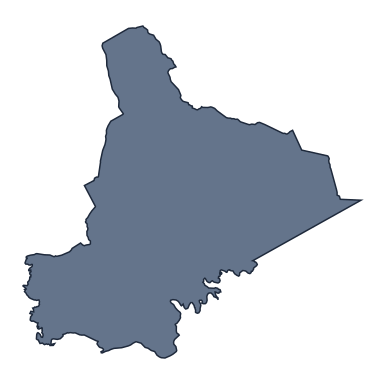 N'Zi, N'zi-Comoé, Ivory Coast
{"feature_id": "98640826B73875625736421", "entity_name": "N'Zi", "entity_type": "district", "adm_level": 2, "iso_a3": "CIV", "parent_name": "Ivory Coast", "parent_adm1": "N'zi-Comoé", "projection": "albers", "projection_center": [-4.64, 7.021], "detail": "fine", "context": "isolated", "style": "filled", "palette": "slate", "viewbox_px": 384, "rotation_deg": 0, "n_neighbors": 0, "source": "geoboundaries", "source_scale": "gbopen_adm2", "svg_char_len": 5897}
<svg xmlns="http://www.w3.org/2000/svg" viewBox="0 0 384 384"><path d="M101.3,352.8L102.4,352.9L105.7,351.3L108.6,350.6L110.7,349.5L113.9,348.4L121.8,347.7L128.4,345.9L130.7,344.9L133.2,343.1L136.0,341.7L141.1,343.2L145.1,347.4L148.0,348.2L151.3,350.5L154.3,351.4L154.9,351.8L157.0,355.2L159.4,356.9L161.2,357.7L165.0,358.0L170.3,355.7L172.9,354.2L176.3,351.5L176.7,350.5L175.9,346.6L173.8,344.2L173.6,342.5L173.8,341.1L174.7,339.4L179.2,335.2L178.6,334.2L177.3,333.5L176.6,332.5L176.3,330.9L176.4,326.2L175.7,325.7L175.2,324.3L177.0,323.2L179.2,320.3L180.5,317.8L180.3,315.8L180.7,313.7L180.1,312.4L177.5,310.2L175.5,307.9L173.6,304.6L171.1,302.9L170.4,301.6L170.6,300.3L172.8,299.6L176.1,300.0L177.1,300.6L178.2,301.3L179.3,302.7L181.0,305.5L181.6,305.8L183.1,304.1L184.3,307.6L185.6,309.0L186.9,308.7L187.9,308.1L189.3,304.7L190.7,302.6L192.2,302.6L194.2,305.6L194.4,307.1L195.1,307.9L195.0,308.7L195.6,309.8L195.5,312.2L196.2,312.8L197.5,313.2L198.8,312.8L200.1,310.7L200.1,308.5L200.8,305.5L200.6,304.0L199.4,301.9L199.3,300.6L199.8,300.2L201.5,300.2L201.9,300.6L202.5,302.0L201.8,303.0L202.4,303.4L203.3,303.7L205.2,303.7L205.7,303.4L206.5,302.4L207.1,300.3L206.8,296.7L207.2,295.1L208.4,293.3L210.1,292.9L211.4,293.2L213.4,295.5L213.8,296.6L216.9,297.9L218.2,299.7L217.9,297.7L217.4,297.5L215.8,295.3L215.0,292.0L215.7,292.0L217.3,293.0L218.3,293.2L219.1,292.9L219.3,292.2L220.8,291.9L220.2,289.9L219.7,289.5L218.5,289.3L217.7,288.3L215.4,287.7L214.3,288.3L208.7,288.0L207.1,286.6L204.9,285.3L204.2,283.6L202.9,282.2L203.7,281.3L203.6,279.4L204.8,278.2L205.3,278.5L207.0,281.4L208.4,282.4L209.9,282.7L211.6,281.1L212.4,280.8L214.0,282.1L218.0,283.0L219.5,282.1L220.1,280.6L219.5,278.7L218.4,278.3L218.5,276.9L218.7,276.5L219.2,276.7L219.8,276.4L220.3,274.9L221.5,274.1L221.8,273.4L221.5,272.5L221.1,272.3L219.8,273.6L219.7,273.0L220.2,272.0L220.1,271.0L220.4,270.4L221.4,269.9L225.0,271.2L226.3,272.3L227.0,272.2L227.5,270.9L228.4,270.0L229.7,269.8L229.8,270.3L231.1,270.8L232.9,270.9L234.6,273.7L237.0,275.4L238.7,276.1L239.5,275.4L239.7,272.9L242.8,270.5L245.7,271.0L248.1,273.1L249.9,273.6L251.1,272.6L251.3,271.3L252.4,271.2L253.6,269.1L253.5,268.4L253.9,267.8L256.6,265.7L257.3,264.5L256.7,263.2L255.6,262.0L254.8,261.9L253.9,260.9L252.8,260.7L361.0,200.2L340.3,199.3L339.4,196.2L337.1,195.1L337.1,192.3L336.4,189.3L330.8,168.8L330.2,167.7L329.9,164.4L329.1,163.0L328.7,160.7L329.2,158.9L329.0,158.1L328.1,156.3L327.6,155.9L301.7,150.1L292.6,130.3L289.9,131.7L288.8,132.9L287.3,133.9L286.3,134.0L284.8,133.3L283.1,133.4L281.6,132.7L264.9,124.6L259.6,122.4L257.5,122.7L255.1,124.5L251.8,124.1L249.5,124.7L248.5,124.5L240.4,121.8L237.6,119.2L235.2,119.3L234.0,118.7L231.4,118.7L230.8,118.2L228.1,118.1L226.3,117.6L217.2,110.9L214.7,108.4L212.2,107.3L210.8,106.9L207.9,107.5L202.8,107.4L201.6,106.7L200.5,108.4L199.2,108.7L197.6,109.8L196.2,109.6L195.0,108.9L192.2,107.9L192.4,106.5L192.1,105.9L191.2,105.9L189.3,104.7L188.7,104.7L188.1,102.7L183.9,101.6L182.5,100.9L180.6,98.4L180.3,97.6L180.9,95.4L178.5,89.6L171.1,81.7L170.3,79.3L170.0,77.2L168.1,73.3L167.9,72.2L168.6,70.5L170.4,68.7L172.4,68.6L174.4,67.4L176.0,66.9L175.0,65.2L173.7,63.9L172.9,61.2L171.8,60.2L171.0,58.7L167.8,57.8L165.2,54.5L163.0,54.3L162.0,53.2L161.4,51.6L160.7,45.9L160.1,43.9L159.1,41.8L155.9,39.2L153.6,35.2L149.7,34.0L148.3,33.0L147.8,32.1L147.6,30.1L145.5,28.3L144.0,27.5L142.9,26.0L136.9,27.5L135.9,28.2L132.6,28.0L128.5,28.4L102.8,43.2L102.1,45.8L102.7,48.3L106.0,54.6L106.7,60.2L106.8,65.8L108.4,71.0L108.8,75.6L110.1,79.2L112.3,89.1L115.4,94.2L118.0,97.3L119.0,101.1L118.7,106.6L119.0,107.6L123.3,113.7L122.9,114.4L110.8,121.2L108.1,125.8L106.9,128.7L106.4,130.3L106.5,133.8L105.6,136.3L106.0,139.1L105.6,141.7L105.0,144.5L102.7,150.4L100.4,161.1L100.5,162.2L98.4,176.6L97.9,177.1L96.4,177.1L94.6,178.2L94.0,180.5L84.4,185.5L95.4,206.4L95.3,206.9L91.9,210.8L89.7,214.0L87.7,217.6L86.0,219.4L86.1,220.8L85.5,221.8L85.8,222.7L86.9,223.5L87.2,224.9L87.1,226.7L87.9,228.2L87.7,230.0L86.9,231.3L87.0,235.4L88.1,237.3L88.7,239.6L90.4,241.0L90.4,243.8L89.5,244.5L86.2,245.0L84.3,245.7L82.7,245.0L80.6,243.0L72.1,248.4L71.3,250.0L69.5,251.8L61.6,255.2L56.8,256.3L55.4,255.9L54.6,256.6L53.7,256.6L49.9,255.0L44.5,254.8L36.8,253.6L35.8,253.8L34.4,254.6L30.7,255.1L27.8,255.9L26.4,256.6L26.2,257.2L26.3,257.8L26.8,257.6L27.2,258.3L26.1,259.8L25.0,263.0L25.8,264.1L27.9,264.2L28.9,265.0L30.2,265.1L31.6,264.4L32.3,264.5L32.3,265.7L31.9,266.7L29.8,268.2L28.8,269.6L28.7,270.5L29.2,271.0L30.7,270.1L31.0,271.7L29.6,273.0L30.1,274.6L31.0,275.0L30.7,276.9L30.2,276.8L29.8,277.1L29.6,279.5L28.8,281.0L27.9,281.8L27.7,282.7L28.1,284.2L27.2,285.6L23.7,285.3L23.1,285.6L23.0,286.0L26.0,288.5L26.2,289.0L24.7,289.5L25.2,289.9L25.2,290.5L24.5,291.6L25.9,293.0L26.9,294.9L28.5,296.5L28.8,297.2L30.4,298.4L34.3,300.0L35.3,299.9L36.4,300.4L38.9,299.9L39.5,301.7L39.1,303.8L39.5,304.2L38.6,306.2L37.8,306.6L37.1,306.5L35.9,307.2L34.6,307.1L34.0,307.8L32.7,308.1L33.5,309.6L33.7,311.9L30.9,311.3L29.9,313.5L32.4,314.2L32.3,314.7L30.5,317.1L30.6,317.9L30.2,319.2L30.4,320.4L31.6,321.2L33.6,321.1L36.8,322.9L38.0,323.0L37.1,326.4L38.3,326.3L38.7,326.7L38.6,327.4L37.5,327.6L37.7,328.5L38.9,329.1L41.4,328.1L41.8,327.7L42.2,328.1L42.2,329.4L41.9,330.0L42.4,330.8L41.8,332.7L42.8,333.8L43.1,335.3L42.5,337.3L41.3,337.1L40.2,334.5L38.5,333.0L37.9,332.7L37.2,333.2L36.7,334.6L36.4,338.9L37.3,339.7L38.2,339.9L40.0,343.5L42.5,343.1L44.4,344.6L46.6,343.9L47.4,344.4L48.7,344.1L49.7,344.8L50.0,345.5L53.3,345.4L54.6,343.6L51.8,344.3L51.3,344.2L50.9,343.6L51.4,340.1L51.9,339.3L53.3,338.8L57.3,339.4L60.3,338.7L62.8,336.3L63.1,335.8L62.9,334.5L65.1,333.9L67.5,332.7L68.1,333.0L70.4,332.6L73.3,333.0L75.1,332.8L79.7,334.8L81.8,335.1L84.3,335.0L96.3,340.8L98.1,341.4L97.1,343.4L97.1,344.0L99.0,346.7L99.9,347.4L102.2,348.1L103.1,348.9L103.5,349.8L103.2,350.6L101.0,351.7L101.3,352.8Z" fill="#64748b" stroke="#1e293b" stroke-width="1.5"/></svg>